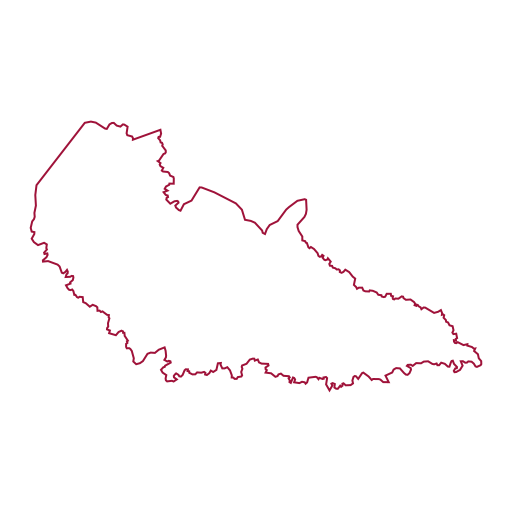 the district of Rio Brilhante, Mato Grosso do Sul, Brazil
{"feature_id": "56859067B58900206343132", "entity_name": "Rio Brilhante", "entity_type": "district", "adm_level": 2, "iso_a3": "BRA", "parent_name": "Brazil", "parent_adm1": "Mato Grosso do Sul", "projection": "mercator", "projection_center": [-54.465, -21.65], "detail": "fine", "context": "isolated", "style": "outline", "palette": "rose", "viewbox_px": 512, "rotation_deg": 0, "n_neighbors": 0, "source": "geoboundaries", "source_scale": "gbopen_adm2", "svg_char_len": 6061}
<svg xmlns="http://www.w3.org/2000/svg" viewBox="0 0 512 512"><path d="M477.9,354.2L474.1,351.0L475.2,348.5L474.0,348.7L471.9,347.0L467.3,345.6L467.4,344.2L463.5,345.1L457.8,342.2L456.2,343.2L454.9,342.9L454.0,341.6L453.9,340.2L456.0,340.6L455.7,339.0L457.1,338.1L456.2,333.7L453.4,334.1L452.4,332.6L453.5,330.2L452.6,326.2L449.5,325.3L448.1,322.5L446.1,321.7L445.9,320.1L443.6,317.7L444.2,315.2L443.1,314.4L441.9,314.8L442.1,313.1L440.9,310.1L438.1,311.8L434.1,312.9L425.2,307.6L423.6,307.5L421.4,309.2L420.6,307.4L418.4,306.1L417.8,305.0L416.5,304.6L416.2,305.8L414.6,305.2L415.2,303.8L414.1,302.1L410.5,299.5L405.9,299.8L403.5,298.1L403.1,296.7L401.7,296.4L398.4,298.7L395.3,298.5L394.3,299.4L393.1,299.1L392.6,297.8L393.0,296.3L391.1,295.8L390.8,293.8L386.7,293.8L385.2,296.7L383.8,297.1L381.7,296.5L381.4,295.2L378.3,294.8L376.7,292.5L372.8,290.8L369.7,290.4L369.1,291.5L365.3,291.3L363.4,290.5L362.2,287.7L358.8,287.7L357.0,288.8L356.2,287.1L353.9,284.9L355.2,278.6L352.7,276.6L349.2,272.1L345.3,269.7L343.4,271.9L341.6,272.8L339.8,272.0L339.9,270.4L338.6,269.3L336.7,269.5L335.4,268.3L332.8,267.6L332.1,265.9L329.9,265.7L329.3,263.9L330.7,261.6L327.9,258.3L327.4,259.5L325.3,260.2L324.2,259.7L322.7,257.8L323.5,255.8L322.2,254.9L321.1,256.5L319.7,256.8L318.4,255.8L317.6,253.2L314.0,249.0L310.9,247.0L309.5,248.2L308.4,247.3L306.9,243.0L305.8,242.6L305.2,241.2L302.3,240.4L302.3,236.5L298.7,231.0L297.5,227.1L297.5,224.7L304.4,217.0L305.9,213.9L306.6,209.8L306.1,199.8L304.7,199.2L297.4,200.8L289.0,207.1L286.2,209.6L277.7,221.1L269.7,225.0L266.8,229.1L265.0,234.0L262.7,232.8L262.1,230.5L254.9,222.7L250.8,220.9L245.0,219.8L241.9,209.7L235.9,203.4L214.3,192.3L201.7,187.5L199.6,187.4L191.5,200.6L183.9,204.2L180.5,210.7L178.9,210.1L176.0,207.5L175.3,205.6L178.5,202.7L178.2,201.5L177.1,200.9L174.4,201.3L170.3,203.7L166.3,199.6L166.7,197.7L168.0,197.1L167.7,195.5L165.7,194.9L163.6,192.2L167.5,190.6L164.7,188.8L166.0,186.5L169.2,184.8L169.4,183.6L173.7,183.7L173.8,178.5L173.4,177.0L170.1,175.6L169.1,173.1L167.8,172.0L163.0,171.5L161.8,170.6L163.3,167.8L160.5,166.2L159.7,164.6L160.5,163.1L157.8,161.1L159.0,160.6L163.5,154.0L165.1,153.4L165.8,152.2L165.7,150.4L162.2,145.8L162.7,144.4L162.0,142.8L160.6,142.4L160.1,140.3L158.2,138.1L158.6,136.9L160.1,136.8L161.1,133.6L160.4,129.8L132.9,139.7L133.0,138.3L132.1,136.5L127.3,135.2L126.6,133.3L127.6,126.7L124.3,124.6L122.9,124.4L120.4,126.6L116.7,125.6L113.8,122.9L111.9,123.0L109.5,124.4L106.8,128.9L105.1,128.6L95.8,122.6L90.9,121.6L84.8,122.8L36.5,185.2L35.3,195.0L35.9,205.6L34.4,212.9L34.7,216.8L34.0,219.1L32.2,221.4L30.7,227.9L31.7,231.6L34.4,232.1L34.3,234.0L31.7,238.7L33.9,242.1L38.0,245.1L44.1,242.8L46.8,244.4L46.3,248.1L46.9,249.5L44.1,252.6L44.5,254.0L47.3,253.4L47.6,254.9L46.4,257.3L42.9,260.3L43.0,261.6L48.1,261.1L57.6,264.6L59.6,266.5L61.8,272.7L63.3,273.3L65.4,271.9L67.0,269.9L67.8,271.7L67.6,273.4L66.5,274.3L65.7,277.0L70.1,276.8L71.7,275.9L73.1,276.1L73.4,277.6L72.8,280.1L70.1,282.4L70.5,283.6L66.0,285.3L67.6,288.2L69.1,289.8L70.6,290.1L72.2,289.5L73.4,291.1L74.3,294.9L75.4,294.8L77.0,297.1L78.2,297.7L79.6,296.8L82.7,297.1L83.2,302.1L85.8,303.2L89.8,306.7L92.7,304.8L96.1,306.2L97.3,307.3L97.5,310.8L99.6,310.6L100.9,312.0L102.5,311.4L107.0,314.8L108.9,315.1L108.6,317.1L109.4,318.3L108.0,323.2L108.2,326.6L107.1,328.1L107.0,329.4L109.9,330.5L109.1,333.2L115.9,335.2L118.6,332.0L121.5,330.7L123.0,331.4L123.1,332.8L124.4,332.8L124.7,335.9L127.9,340.7L126.9,341.3L127.4,342.9L126.1,343.9L126.1,346.9L126.8,348.3L129.2,348.2L130.3,348.9L131.8,351.0L133.8,358.3L133.3,361.5L136.2,364.2L139.9,363.2L142.9,361.1L147.5,353.8L150.7,352.6L154.9,352.9L158.8,349.7L164.6,347.4L165.6,350.8L166.1,355.6L165.9,357.4L164.4,359.9L167.3,361.5L168.8,360.8L170.4,361.3L170.7,362.6L165.1,365.7L164.7,366.9L163.4,367.2L161.0,369.8L162.6,372.6L166.3,375.1L165.6,378.4L165.9,380.3L167.1,381.4L171.9,380.8L173.6,381.5L176.8,379.4L174.0,377.4L173.8,376.0L174.8,374.6L176.1,373.4L178.4,374.8L179.3,376.3L180.9,376.6L182.6,375.0L184.6,370.3L185.7,369.3L187.9,369.4L187.6,371.1L189.2,371.3L189.3,372.8L192.5,374.4L195.3,374.3L197.1,372.4L201.3,372.7L204.1,371.9L205.4,372.8L205.1,374.5L206.9,375.0L209.3,373.2L210.8,370.6L213.2,372.0L216.4,369.9L217.9,363.3L220.8,363.0L220.5,364.6L222.3,368.4L224.6,368.4L227.3,367.2L230.0,370.4L231.8,375.3L231.7,377.5L233.4,377.6L234.6,378.9L236.7,378.9L237.8,377.1L241.4,376.5L242.1,375.3L241.2,372.0L242.4,368.8L241.7,366.9L242.1,365.5L246.5,363.8L249.8,359.6L252.9,358.6L254.3,358.7L254.8,360.6L257.8,359.5L259.0,362.4L261.6,363.6L268.1,363.9L268.5,365.5L265.5,367.5L265.6,369.1L266.8,370.1L265.6,372.6L271.1,373.3L275.4,376.8L277.5,376.1L278.5,374.4L280.9,373.6L283.5,375.8L288.9,376.2L289.7,377.4L288.6,378.3L289.8,380.5L289.5,382.1L290.8,382.9L293.0,377.5L294.2,378.0L295.1,379.5L294.1,382.3L299.4,383.1L302.0,381.8L304.7,382.3L305.6,383.7L307.1,382.4L308.5,377.7L315.6,376.8L316.8,377.2L318.5,379.2L319.3,377.8L322.6,379.0L323.7,378.7L323.5,377.5L326.0,377.0L327.1,378.1L326.1,384.4L329.5,390.4L332.3,385.6L331.4,383.7L332.6,383.1L334.8,384.0L334.4,387.5L336.1,388.7L337.8,388.8L340.2,385.7L341.1,386.8L342.5,385.7L342.4,383.7L343.5,383.3L345.7,385.3L350.6,385.1L353.0,383.4L352.4,380.5L353.5,376.9L354.8,376.0L356.0,376.3L358.2,378.9L362.1,373.1L363.3,372.6L368.6,376.5L371.7,380.0L373.0,379.0L378.9,379.1L380.4,379.6L383.2,382.1L388.7,382.2L385.5,375.6L392.2,372.5L393.6,369.6L394.7,368.9L396.2,368.1L399.9,368.4L404.0,373.0L405.9,374.6L407.6,374.8L409.5,373.1L411.0,369.7L410.7,368.1L406.9,365.9L407.7,364.9L410.8,364.7L412.7,365.9L416.2,363.1L421.0,363.3L423.8,361.6L428.1,361.3L432.3,363.9L434.1,364.3L436.6,363.5L437.4,365.2L439.1,365.2L441.2,362.7L444.8,363.8L447.9,366.6L449.4,366.7L450.9,362.3L451.6,361.0L452.8,360.7L454.0,363.9L457.0,367.0L456.8,368.2L455.3,368.4L453.8,370.9L454.5,372.2L456.2,372.0L460.0,369.9L462.6,365.7L460.8,361.3L462.9,361.2L465.2,362.7L466.9,362.6L468.3,361.4L471.6,361.7L473.8,363.6L475.5,366.4L476.9,366.9L480.6,365.2L481.3,364.1L481.2,361.1L478.8,358.3L477.9,354.2Z" fill="none" stroke="#9f1239" stroke-width="2"/></svg>